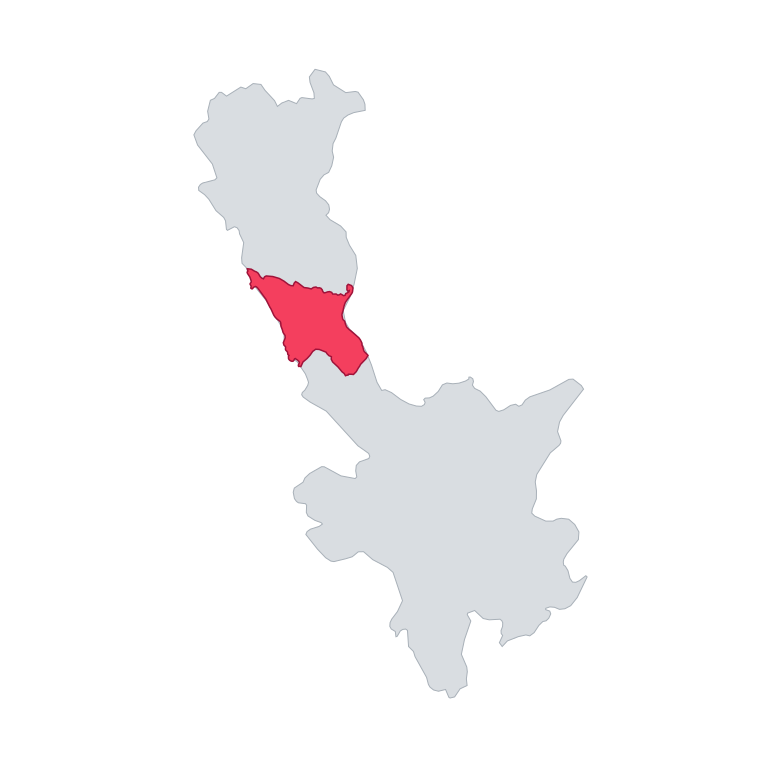 Khammouan on a map of Laos (orthographic projection), rotated 193°
{"feature_id": "LAO-3293", "entity_name": "Khammouan", "entity_type": "Province", "adm_level": 1, "iso_a3": "LAO", "parent_name": "Laos", "parent_adm1": "", "projection": "orthographic", "projection_center": [105.341, 17.58], "detail": "fine", "context": "in_parent", "style": "filled", "palette": "rose", "viewbox_px": 768, "rotation_deg": 193, "n_neighbors": 0, "source": "natural_earth", "source_scale": "10m", "svg_char_len": 6215}
<svg xmlns="http://www.w3.org/2000/svg" viewBox="0 0 768 768"><g transform="rotate(193 384 384)"><path d="M273.1,101.2L276.5,107.7L292.4,125.3L295.1,130.0L301.0,133.7L305.7,149.2L307.8,150.1L310.5,149.1L312.6,147.0L314.4,141.1L315.5,140.4L317.3,145.4L321.8,146.9L323.8,149.1L324.4,152.8L323.6,156.6L319.7,165.3L317.2,177.0L332.8,202.5L339.5,206.1L355.4,210.3L366.2,216.0L371.3,214.7L376.1,208.5L382.0,205.1L392.8,199.7L395.9,199.5L401.8,201.6L411.5,208.0L426.3,219.8L425.7,223.0L423.0,226.0L415.1,230.7L412.5,233.7L414.1,234.8L420.7,235.6L428.4,238.3L430.8,241.4L432.1,248.4L433.5,249.7L440.7,249.0L442.9,249.9L445.5,252.2L448.1,258.1L448.0,262.4L440.8,270.1L439.9,274.7L436.2,280.2L426.2,289.4L423.6,289.9L405.3,284.8L390.8,285.4L389.6,287.3L392.0,292.9L392.7,298.4L390.4,302.6L382.0,308.0L381.6,310.4L383.3,312.9L395.5,317.9L434.2,344.6L452.0,349.8L459.8,353.1L461.8,355.0L461.7,357.3L459.7,360.3L458.0,365.5L457.9,368.6L459.7,371.6L462.9,376.2L473.8,386.3L481.8,388.6L490.2,400.2L492.7,410.3L496.9,416.8L517.3,438.6L534.4,452.0L544.6,466.5L549.5,469.7L551.1,474.9L552.5,490.2L558.5,497.8L559.7,500.9L562.3,503.2L565.1,503.6L571.1,498.5L572.3,499.2L575.1,507.3L577.6,510.2L586.7,515.1L596.3,524.7L601.5,528.2L608.0,530.9L609.0,534.0L607.8,537.1L605.8,539.1L594.7,544.9L593.2,547.3L600.7,559.7L619.4,574.9L625.3,584.0L624.1,588.5L619.1,597.5L615.2,600.0L614.2,602.8L617.2,610.1L617.0,621.4L613.4,624.1L610.2,631.1L607.9,631.6L602.2,629.1L590.3,641.1L585.1,640.6L579.1,647.3L571.3,648.2L565.9,643.3L554.4,635.5L550.3,630.5L546.8,634.8L540.8,638.9L532.3,637.5L530.0,643.5L528.4,644.6L518.1,645.6L516.1,646.6L517.8,652.0L523.9,661.2L525.8,666.4L522.0,675.1L511.3,674.9L506.5,671.4L500.5,664.1L486.8,659.3L477.7,662.6L474.9,662.5L468.0,656.3L465.5,652.3L463.9,646.4L474.4,641.7L479.6,638.0L483.1,634.0L484.5,629.9L486.2,612.8L487.7,606.8L486.9,599.4L484.1,593.6L484.0,584.9L485.5,577.8L489.5,574.3L492.2,569.2L493.8,557.8L492.6,554.8L488.7,552.1L482.2,549.4L478.1,546.1L476.4,542.0L476.5,538.5L478.5,535.4L473.6,532.0L461.8,528.2L455.2,523.7L453.8,518.4L448.9,511.5L440.4,502.9L436.0,490.6L435.6,474.6L436.6,461.5L440.3,446.4L435.4,435.5L430.0,429.7L422.5,425.5L415.4,419.3L408.6,411.4L400.5,399.7L391.2,384.1L384.8,377.2L381.6,378.7L374.7,377.3L364.3,372.7L355.2,370.2L347.5,369.8L342.4,370.7L340.0,373.1L339.8,375.4L341.8,377.7L340.7,379.5L336.6,380.7L333.3,383.3L329.5,388.9L326.9,396.3L323.0,399.1L317.0,399.7L311.1,401.7L305.3,405.2L302.5,407.9L302.8,409.8L301.5,410.2L298.7,409.1L297.4,406.6L297.6,402.8L294.7,400.1L288.7,398.7L281.9,394.5L269.0,383.6L266.0,383.1L261.6,385.7L255.9,391.6L251.2,393.9L247.6,392.6L244.8,394.7L242.7,400.1L239.0,404.3L221.1,415.5L204.9,430.1L200.9,431.3L191.4,426.9L188.4,423.9L202.3,393.8L204.4,386.5L204.2,376.7L198.8,368.4L198.6,366.0L199.6,363.6L206.5,354.3L214.8,330.2L214.6,322.6L211.4,314.2L209.7,306.3L211.4,295.6L211.0,291.4L207.4,289.2L195.5,286.8L188.5,288.4L185.2,291.2L181.1,293.0L173.6,293.8L166.5,290.0L160.8,283.7L159.6,276.1L167.5,260.0L169.4,253.8L169.3,250.9L168.1,247.8L166.4,247.3L162.7,243.4L159.2,236.5L155.8,233.4L152.5,233.9L149.4,236.3L144.2,242.6L142.7,241.7L147.7,219.4L152.2,210.0L157.2,205.7L162.3,203.9L167.7,204.8L172.3,204.1L176.0,201.8L175.7,200.5L171.4,200.0L169.8,197.5L170.8,192.7L172.8,189.7L175.8,188.3L178.8,183.6L181.8,175.5L185.3,171.4L189.3,171.4L196.2,168.1L206.0,161.4L209.8,154.8L213.4,157.9L211.8,165.6L213.7,167.3L214.5,170.1L213.9,174.4L214.6,178.1L216.0,179.9L218.1,180.9L228.4,177.9L234.6,177.8L244.7,183.7L250.9,179.6L251.0,178.0L246.1,172.6L248.1,153.0L247.8,138.0L239.7,126.9L238.1,122.4L237.4,115.2L235.2,108.9L241.3,104.1L244.8,95.0L249.0,92.9L250.3,93.3L255.3,100.2L261.8,96.9L266.8,97.0L270.9,98.9L273.1,101.2Z" fill="#d9dde1" stroke="#a8b0b8" stroke-width="1"/><path d="M435.8,470.6L435.4,466.6L435.7,465.1L439.9,455.2L440.2,453.6L440.5,450.5L440.4,446.5L440.6,443.2L440.6,442.3L440.4,441.5L438.9,438.1L438.6,437.7L438.1,437.3L437.0,436.7L436.5,436.3L436.1,435.7L435.1,433.8L433.8,431.9L433.1,431.0L430.0,429.1L428.8,428.6L418.8,423.3L416.9,421.6L415.0,419.3L414.7,418.8L414.3,417.4L414.2,417.0L413.9,416.6L413.0,415.4L411.5,412.4L410.6,411.2L406.4,408.6L406.0,408.3L407.1,404.8L411.3,397.8L411.8,395.8L412.6,393.9L413.8,389.8L415.9,386.4L418.4,386.1L420.9,385.5L420.9,384.7L421.5,384.4L422.0,384.3L423.4,383.4L425.2,385.3L427.6,386.4L432.7,390.3L439.0,393.9L441.0,396.3L441.4,398.8L444.0,399.2L446.2,400.6L447.7,402.0L454.9,403.1L458.4,402.5L460.8,399.7L462.5,395.4L464.7,391.5L467.9,387.2L468.9,382.3L470.6,382.2L470.9,381.9L471.2,382.0L471.6,382.7L471.7,383.5L471.3,385.1L471.3,385.9L472.0,386.8L473.1,387.6L474.2,388.1L475.2,388.3L475.7,388.6L475.9,388.9L476.0,388.9L476.6,388.6L476.9,388.1L477.2,386.6L477.6,385.9L478.7,385.4L480.1,385.5L481.4,386.0L482.4,386.8L482.8,387.4L483.3,389.3L483.3,389.7L483.2,390.1L483.0,390.3L483.0,390.5L483.3,390.7L484.0,390.9L484.3,391.1L485.3,393.5L485.9,394.0L487.0,394.6L487.5,395.1L487.9,395.8L488.1,397.4L488.3,398.1L488.8,398.5L490.3,399.4L491.2,401.2L491.4,401.5L490.6,406.7L491.3,409.0L493.8,411.3L495.5,414.4L496.9,416.4L497.5,417.5L498.3,420.1L498.9,421.2L499.7,421.8L503.1,423.3L505.2,424.7L506.9,426.3L511.1,431.8L512.5,433.2L518.1,440.0L528.9,449.3L530.3,450.0L531.3,450.1L532.0,449.6L532.9,448.7L533.2,448.1L533.4,447.5L533.7,447.1L534.5,447.0L535.3,447.4L535.4,447.9L535.4,448.7L535.5,449.5L535.9,450.0L536.8,450.9L537.0,451.3L537.0,451.9L536.4,453.0L536.4,453.7L536.7,454.7L538.7,458.0L541.8,460.9L542.5,462.0L542.5,462.4L542.1,463.1L542.0,463.4L543.1,465.6L539.1,466.0L535.4,464.8L533.4,464.5L531.6,463.7L528.7,460.7L526.9,459.7L525.1,459.4L524.8,460.5L524.5,461.5L523.8,462.2L523.0,462.8L516.5,463.7L509.7,463.3L504.5,461.7L499.4,459.4L496.9,458.9L494.6,459.3L494.2,462.1L493.2,463.9L490.6,463.2L483.6,460.0L479.6,460.4L476.3,460.3L474.5,462.2L472.1,463.2L470.5,462.7L469.7,462.8L468.9,463.2L467.0,463.1L465.4,461.9L464.4,460.3L462.9,459.3L461.3,460.0L459.8,461.0L457.8,461.8L455.6,461.5L454.2,460.1L450.8,460.9L449.0,460.2L447.6,460.9L446.6,462.0L445.0,461.6L443.4,461.0L441.9,461.6L441.6,463.5L440.3,464.5L438.9,466.0L438.9,467.2L440.1,466.3L441.3,467.4L442.2,471.4L441.3,473.1L437.7,472.6L435.8,470.6Z" fill="#f43f5e" stroke="#9f1239" stroke-width="1.5"/></g></svg>